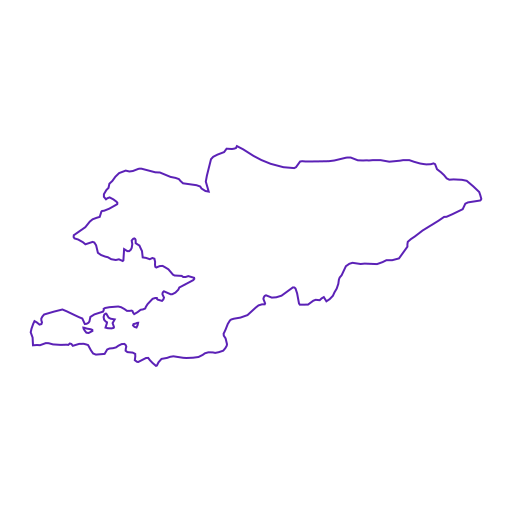 SVG path tracing the border of Kyrgyzstan
{"feature_id": "KGZ", "entity_name": "Kyrgyzstan", "entity_type": "country or territory", "adm_level": 0, "iso_a3": "KGZ", "parent_name": "Asia", "parent_adm1": "", "projection": "orthographic", "projection_center": [73.132, 41.224], "detail": "fine", "context": "isolated", "style": "outline", "palette": "violet", "viewbox_px": 512, "rotation_deg": 0, "n_neighbors": 0, "source": "natural_earth", "source_scale": "50m", "svg_char_len": 4716}
<svg xmlns="http://www.w3.org/2000/svg" viewBox="0 0 512 512"><path d="M103.7,308.8L105.1,308.0L109.4,307.2L118.2,306.5L121.1,307.2L124.5,309.1L127.0,310.9L129.5,310.9L131.6,310.6L132.5,311.1L133.1,312.7L134.2,314.1L137.5,312.2L140.6,309.8L143.0,309.4L145.2,308.5L145.9,306.8L147.6,304.1L152.6,298.8L155.2,298.0L156.8,298.0L156.9,298.8L157.7,299.6L162.0,300.9L163.3,299.5L164.0,297.6L162.5,294.5L162.5,293.2L163.1,292.0L163.9,291.3L170.7,294.3L172.3,294.2L175.4,292.6L178.3,289.7L179.3,287.5L193.3,280.1L194.3,278.8L194.1,277.8L188.3,276.1L185.6,277.0L183.2,277.0L181.7,275.9L174.6,275.5L173.0,274.7L168.4,269.3L165.1,267.3L162.6,265.9L159.7,266.1L156.3,267.5L155.3,266.8L155.0,264.6L155.1,261.8L154.4,258.7L152.4,258.0L149.8,259.2L146.0,257.9L142.7,257.4L142.0,251.1L140.7,248.4L139.4,245.5L138.0,244.7L135.7,243.2L135.6,239.9L135.1,238.9L134.3,238.4L133.2,238.8L131.7,240.5L132.3,244.2L131.7,247.9L130.8,249.7L129.2,251.1L127.3,251.1L124.1,249.1L123.4,260.3L122.7,261.0L118.9,259.3L115.8,260.0L111.2,259.2L107.8,257.2L105.2,256.6L101.0,255.0L97.9,252.8L96.1,245.3L94.3,242.5L92.6,241.9L85.4,244.3L82.9,242.2L78.1,239.5L74.5,238.4L73.6,237.0L73.8,235.2L85.3,227.2L89.8,221.6L92.6,219.3L96.6,217.8L99.7,216.9L101.4,211.6L102.0,211.0L104.2,210.7L109.2,208.7L117.2,204.2L117.4,202.9L116.6,201.8L113.4,199.4L109.6,197.4L107.3,198.3L106.0,199.3L103.9,196.8L103.9,194.2L106.4,190.0L108.5,187.9L109.4,183.7L112.3,181.0L115.4,176.7L119.1,173.1L125.7,170.6L129.4,171.5L132.9,171.0L138.3,168.9L139.3,168.7L141.5,168.7L155.3,172.3L159.9,172.5L170.5,176.9L175.5,177.9L178.9,179.1L180.5,181.0L183.0,183.3L196.5,185.2L200.2,186.5L201.5,188.5L205.4,191.0L208.7,191.6L205.8,181.6L206.9,175.6L211.0,159.2L213.2,156.8L217.5,154.6L224.1,152.1L226.6,148.7L232.0,149.0L234.4,148.6L236.0,148.0L236.9,146.1L243.1,149.3L253.5,155.9L261.3,160.0L270.6,163.8L283.4,167.2L294.2,168.1L296.0,167.2L300.1,161.5L302.2,161.2L305.8,161.5L317.2,161.4L328.8,161.2L334.3,160.5L346.0,157.7L347.8,157.5L350.6,157.5L357.8,160.3L363.1,160.5L366.7,160.3L368.8,160.5L373.2,160.1L380.4,160.1L389.3,161.7L399.9,160.7L403.3,160.1L409.2,160.1L414.1,161.8L420.1,163.5L423.9,164.1L426.4,164.4L430.9,164.2L433.5,163.4L435.1,164.2L437.0,169.2L440.9,172.2L444.0,175.1L446.7,178.4L449.3,179.7L453.6,179.4L461.9,179.8L466.7,180.8L473.2,186.3L479.2,192.0L480.3,195.2L481.3,198.9L480.9,199.8L480.2,200.5L468.0,202.4L465.3,203.7L462.7,209.2L452.4,214.2L446.5,216.8L444.1,216.9L438.4,220.8L422.6,230.5L414.8,236.5L410.9,239.1L407.8,241.8L407.4,244.3L407.4,246.7L399.0,258.4L392.2,260.2L386.4,260.2L382.6,262.1L377.0,264.1L364.7,263.6L360.6,264.0L352.5,262.8L349.3,263.8L345.9,266.2L341.6,275.3L339.7,277.5L338.9,279.6L338.3,283.9L336.7,288.6L334.5,292.3L332.9,295.8L329.6,299.2L326.4,301.3L323.8,297.1L321.6,298.4L319.7,300.2L315.7,299.8L313.3,300.7L308.0,304.6L299.9,304.7L299.0,303.5L297.1,293.3L295.5,288.5L294.4,287.5L292.9,287.4L281.5,295.7L276.2,297.3L271.8,297.6L266.0,295.3L264.7,295.9L263.8,297.3L263.4,298.9L265.1,303.4L264.7,304.3L262.1,304.3L258.5,305.4L255.7,307.6L247.5,315.1L240.4,317.6L233.9,318.7L231.2,319.5L230.0,320.4L227.8,323.9L225.6,329.5L224.4,332.1L223.6,333.7L223.8,335.7L225.6,338.4L227.0,344.2L226.7,345.8L225.3,348.2L223.2,350.7L218.7,352.2L215.2,352.9L212.8,352.4L208.4,352.3L204.9,353.3L202.7,354.9L198.5,357.0L193.2,357.7L186.4,358.0L183.2,357.8L173.4,356.3L170.2,356.8L167.1,357.9L161.5,358.9L158.5,362.3L156.9,365.5L156.0,365.9L152.6,363.0L149.9,360.2L148.2,357.9L146.0,358.0L138.2,362.0L137.0,361.8L134.8,360.2L135.3,356.4L135.2,353.9L132.7,352.6L127.4,352.1L125.6,350.7L125.8,348.6L126.3,346.6L125.7,345.1L124.4,343.9L121.6,344.1L118.4,345.7L116.0,347.4L113.0,348.2L109.5,348.5L107.2,349.5L104.6,353.9L95.9,354.6L93.1,353.5L90.9,350.3L88.1,345.1L86.4,344.5L83.7,343.8L79.1,343.9L72.8,345.8L71.4,344.0L69.8,343.5L68.3,344.9L66.8,344.7L60.7,344.9L53.0,344.4L48.6,343.2L45.8,343.1L40.0,345.2L37.0,345.0L33.0,345.3L32.6,337.6L30.7,332.3L31.5,328.7L33.2,323.9L34.5,321.1L36.8,322.4L39.5,324.6L41.4,324.1L42.0,322.4L41.3,320.2L41.3,318.6L42.4,316.5L44.1,314.5L54.0,311.6L62.4,309.5L66.7,311.3L75.0,315.3L79.3,317.3L82.3,318.5L84.8,324.0L86.6,323.8L88.4,322.8L89.4,321.5L90.4,316.9L94.4,314.4L103.1,311.6L103.8,309.8L103.7,308.8ZM113.6,327.9L114.0,327.1L112.6,323.1L114.7,319.4L110.6,318.7L108.6,317.6L106.3,313.7L105.6,313.6L104.3,314.6L103.6,317.0L104.1,319.7L105.7,321.5L106.8,322.2L107.0,322.3L106.9,323.2L105.5,327.6L107.7,328.2L111.5,328.4L113.6,327.9ZM92.4,331.0L92.3,329.9L90.9,329.3L86.9,328.6L84.0,327.7L83.4,327.6L83.6,328.7L84.8,330.7L86.4,332.7L88.6,333.0L92.4,331.0ZM137.6,325.2L138.1,322.8L137.1,322.9L135.8,323.5L133.5,324.1L133.0,325.4L134.5,326.9L136.5,327.5L137.6,325.2Z" fill="none" stroke="#5b21b6" stroke-width="2"/></svg>